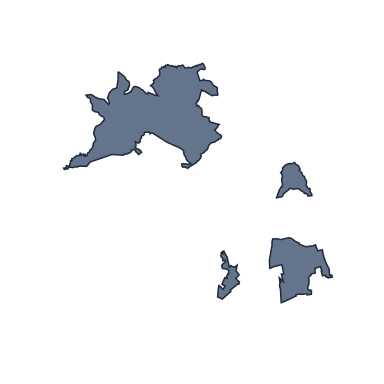 Zimatlán de Álvarez, Oaxaca, Mexico, rotated 69°
{"feature_id": "50627088B8941621819676", "entity_name": "Zimatlán de Álvarez", "entity_type": "district", "adm_level": 2, "iso_a3": "MEX", "parent_name": "Mexico", "parent_adm1": "Oaxaca", "projection": "mercator", "projection_center": [-97.013, 16.759], "detail": "fine", "context": "isolated", "style": "filled", "palette": "slate", "viewbox_px": 384, "rotation_deg": 69, "n_neighbors": 0, "source": "geoboundaries", "source_scale": "gbopen_adm2", "svg_char_len": 5974}
<svg xmlns="http://www.w3.org/2000/svg" viewBox="0 0 384 384"><g transform="rotate(69 192 192)"><path d="M76.4,135.6L75.5,136.6L76.2,138.2L75.7,138.9L76.1,140.4L75.5,141.2L75.9,141.8L75.6,142.2L76.3,142.8L75.4,143.5L75.9,146.0L75.5,146.7L75.9,147.1L76.1,148.0L75.5,148.5L75.4,149.5L74.2,150.7L74.4,153.0L73.5,154.1L70.1,155.2L70.4,157.1L69.3,159.4L69.6,161.3L70.0,161.6L69.5,161.6L68.8,162.3L69.2,163.1L68.9,163.6L68.2,163.7L68.1,164.5L67.0,165.0L67.1,166.1L64.3,169.2L64.9,170.2L64.2,171.1L65.1,172.8L65.5,172.7L64.9,173.4L65.5,173.8L64.6,175.6L65.9,176.9L65.6,178.0L66.7,179.0L69.4,179.3L69.9,179.8L71.0,180.1L71.8,180.9L72.2,182.6L73.2,183.9L73.1,186.1L74.0,188.1L75.4,188.0L76.6,188.9L78.0,192.6L78.8,191.7L81.0,190.9L86.7,190.2L89.8,189.3L87.5,193.0L86.7,193.4L83.3,197.4L84.4,197.7L84.7,198.4L83.8,199.5L78.8,201.6L78.0,202.6L75.5,204.1L73.2,207.0L72.8,208.4L73.8,210.2L75.3,211.5L75.5,212.3L76.7,212.9L76.4,214.6L77.1,216.2L76.5,220.0L73.9,218.9L74.0,216.4L73.2,214.6L72.2,214.4L71.5,213.2L70.0,212.1L67.1,211.3L66.0,211.4L65.0,212.6L64.1,213.0L60.4,213.5L53.8,217.4L53.7,218.1L60.6,220.7L67.9,225.0L67.6,229.0L69.5,233.3L71.7,235.3L74.1,237.3L75.5,236.9L79.3,237.2L80.4,238.6L74.1,241.0L71.8,245.2L68.4,248.7L65.9,250.2L64.7,251.6L63.6,256.3L66.4,255.6L67.4,254.2L68.5,253.6L71.4,254.4L74.3,253.8L75.7,254.0L79.1,255.5L80.3,255.4L82.5,253.6L83.7,251.3L84.6,250.6L86.0,250.9L88.3,249.8L89.4,248.4L91.8,247.5L93.1,248.0L96.1,253.7L96.3,258.0L97.8,259.9L102.0,262.9L105.8,262.7L108.9,263.3L111.2,266.7L113.0,267.4L113.4,268.3L115.2,269.1L116.4,272.3L117.0,272.5L118.0,273.8L118.2,275.5L120.4,277.1L120.3,278.3L118.8,278.3L119.6,279.6L117.8,279.6L117.6,279.9L118.4,281.9L117.0,282.6L116.2,281.9L115.8,282.5L117.2,283.6L117.5,284.3L116.9,285.7L116.8,287.3L118.1,290.5L117.9,292.4L119.6,292.9L119.4,294.3L121.1,294.8L122.2,296.2L123.5,296.9L123.8,298.5L122.6,299.2L122.4,299.9L124.1,300.7L124.2,301.6L123.7,303.3L124.9,303.2L125.3,303.0L125.2,301.3L126.0,300.1L125.2,298.8L125.1,297.9L125.6,295.8L126.6,294.5L126.5,292.1L127.6,290.4L127.2,289.4L127.9,286.8L130.3,281.1L127.5,276.2L128.3,253.4L133.1,242.6L132.3,240.8L133.2,239.5L133.1,235.7L132.5,234.0L131.1,233.7L131.6,231.6L131.4,230.9L132.3,230.0L134.5,230.0L135.8,229.1L137.9,228.5L136.9,224.8L134.7,225.3L132.9,226.6L132.2,227.6L130.0,229.1L128.6,227.6L124.7,226.8L126.9,225.1L127.2,224.1L126.4,222.1L124.3,221.7L123.4,219.7L121.7,219.3L121.6,216.7L121.1,215.9L119.7,215.4L119.3,214.9L120.2,212.5L120.2,211.0L120.5,210.6L122.6,210.4L122.3,208.6L123.1,207.5L136.7,197.4L146.5,187.6L150.0,185.1L154.2,186.0L157.5,185.4L159.4,185.6L160.8,185.3L165.3,183.0L164.9,185.4L162.5,189.7L162.1,191.3L163.9,192.1L165.6,191.6L166.1,189.7L168.5,187.5L167.9,186.7L166.1,177.3L165.0,176.3L165.2,175.0L163.4,171.9L162.0,170.6L160.7,170.7L159.7,170.0L159.4,166.4L158.4,164.7L158.2,163.6L157.1,161.7L154.2,159.4L152.9,155.9L153.5,154.6L153.1,153.5L153.6,152.8L152.5,149.7L152.8,149.0L152.4,148.8L152.1,147.6L152.5,146.5L151.8,145.3L150.8,145.0L150.5,144.4L148.6,145.2L147.4,146.4L144.5,147.9L142.2,148.5L141.9,148.4L141.6,146.4L140.7,145.6L140.5,144.7L139.4,144.2L138.8,142.4L132.9,150.3L131.8,150.0L131.0,150.4L128.9,149.4L127.0,151.6L126.0,153.8L124.3,155.1L123.3,155.1L121.4,154.0L117.5,153.2L115.6,154.5L113.8,155.0L113.2,156.9L112.1,156.1L110.4,156.4L110.1,155.3L109.1,154.7L109.4,153.8L108.3,153.3L108.6,152.9L108.3,152.5L100.1,146.6L100.3,146.2L101.6,145.7L102.8,143.6L104.3,142.9L109.4,138.6L109.6,135.9L110.8,134.0L110.3,132.9L108.1,132.6L103.6,131.0L99.7,134.0L96.0,134.6L94.9,135.4L92.2,140.1L90.9,140.8L91.7,141.5L90.8,144.8L81.9,144.2L80.3,140.1L80.5,139.1L82.1,137.2L81.8,135.6L79.7,135.2L76.4,135.6ZM270.7,136.5L283.2,144.1L291.1,146.8L291.1,141.2L292.1,134.2L301.3,135.7L300.6,138.0L308.2,138.9L303.3,141.2L307.2,142.1L307.2,141.2L307.5,141.2L308.1,141.5L308.4,142.6L311.2,144.0L314.3,144.2L327.3,148.4L327.3,143.7L326.4,132.0L325.1,131.9L325.8,128.2L327.1,125.8L327.5,123.3L328.6,121.0L329.4,121.3L330.3,117.2L327.1,115.9L326.8,116.3L326.1,116.2L326.0,117.7L325.5,117.7L324.9,118.5L323.6,118.6L322.6,118.2L319.6,115.7L318.0,115.2L317.4,114.7L313.2,113.5L312.6,112.4L312.6,110.9L311.2,110.0L311.8,105.9L308.2,105.1L308.2,104.7L307.4,104.5L307.6,98.9L312.4,99.1L312.4,99.7L317.0,100.2L317.7,97.1L319.1,97.4L320.6,96.0L319.5,95.6L320.6,95.9L320.9,95.6L321.8,91.6L320.1,91.2L319.8,92.3L319.1,92.2L318.9,93.3L313.2,91.6L306.6,92.3L299.8,92.2L292.6,91.1L292.0,95.7L285.4,95.7L285.7,97.3L285.5,98.8L283.8,105.5L279.1,110.6L278.4,110.1L275.0,113.3L271.0,115.7L269.4,117.9L268.2,126.4L266.3,129.1L264.7,133.5L267.9,135.5L270.7,136.5ZM200.6,96.1L201.2,96.7L201.4,98.0L202.4,99.1L204.2,99.6L205.9,102.4L206.8,101.9L209.7,101.7L211.7,103.5L212.2,103.3L213.4,104.2L217.9,104.9L219.0,106.6L219.7,106.5L219.5,107.1L221.5,109.9L227.7,115.1L228.2,111.8L228.6,111.1L228.5,109.1L226.5,107.3L224.5,100.8L223.9,100.4L223.9,98.6L226.1,95.7L226.0,94.2L227.1,91.4L230.4,89.3L233.3,86.9L233.7,87.5L234.5,85.9L235.5,85.1L237.3,85.3L238.4,81.4L236.3,80.9L234.8,81.7L231.1,80.7L230.3,82.4L228.0,82.6L227.0,83.1L222.8,81.1L219.8,81.8L217.7,81.5L217.2,82.2L215.4,82.8L213.5,82.5L209.8,84.2L209.5,83.0L209.1,82.9L205.4,83.3L203.5,85.1L201.2,85.6L201.4,87.0L201.1,89.3L201.0,90.1L200.3,90.6L200.1,93.1L200.6,96.1ZM286.3,177.7L284.2,178.1L281.5,179.2L276.5,176.1L277.4,178.8L276.0,181.1L274.6,182.1L275.6,183.3L275.6,183.9L274.6,184.0L265.4,182.5L260.3,183.4L258.6,183.3L258.4,184.1L259.1,186.3L260.5,184.6L260.8,184.6L260.4,186.7L261.2,187.7L263.1,188.0L265.1,187.0L266.1,187.8L267.3,187.9L267.7,186.4L267.5,185.4L269.2,185.6L269.9,188.2L271.3,190.7L274.3,191.0L275.8,188.0L278.2,185.7L281.2,187.1L281.7,187.4L281.4,187.9L283.1,190.0L285.2,190.2L283.8,192.1L288.8,197.1L289.8,196.6L290.0,195.9L291.3,195.4L291.6,194.8L294.0,197.7L293.7,198.3L291.9,198.6L288.9,200.3L290.9,201.7L299.2,205.7L302.8,202.1L298.8,191.3L297.3,191.4L294.2,181.9L294.9,181.4L293.0,179.9L288.4,182.3L286.3,177.7Z" fill="#64748b" stroke="#1e293b" stroke-width="1.5"/></g></svg>